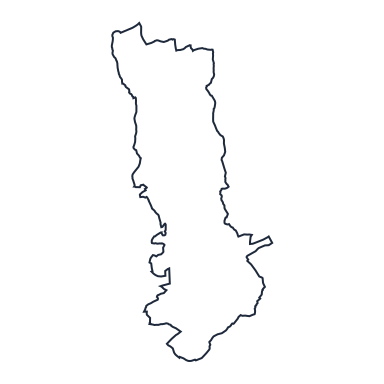 outline of Matei, Bistrita-Nasaud, Romania
{"feature_id": "2599482B73897291449250", "entity_name": "Matei", "entity_type": "district", "adm_level": 2, "iso_a3": "ROU", "parent_name": "Romania", "parent_adm1": "Bistrita-Nasaud", "projection": "albers", "projection_center": [24.25, 46.99], "detail": "fine", "context": "isolated", "style": "outline", "palette": "slate", "viewbox_px": 384, "rotation_deg": 0, "n_neighbors": 0, "source": "geoboundaries", "source_scale": "gbopen_adm2", "svg_char_len": 5991}
<svg xmlns="http://www.w3.org/2000/svg" viewBox="0 0 384 384"><path d="M249.4,316.2L252.9,314.7L254.6,314.2L255.0,312.7L255.1,311.0L255.0,309.9L254.7,308.7L255.3,307.7L255.4,307.1L255.2,306.6L255.2,306.2L256.3,305.3L256.3,304.6L257.6,303.1L257.2,301.2L260.2,298.6L259.3,297.6L261.7,294.6L262.0,291.5L262.3,290.7L262.8,290.0L262.5,289.7L263.2,288.6L264.9,286.9L263.4,283.8L263.0,282.5L262.6,278.1L261.7,277.4L260.4,277.0L259.2,276.4L255.5,270.4L251.1,264.4L247.3,260.9L247.5,260.4L248.2,259.6L246.6,257.3L246.7,256.6L247.4,255.8L255.6,251.2L257.8,248.8L258.8,248.0L264.9,245.4L268.7,245.2L272.2,242.9L268.7,236.5L267.9,237.1L263.3,239.6L258.8,241.4L252.9,243.7L250.0,244.0L250.0,241.9L250.6,236.8L251.8,234.9L249.3,234.5L247.6,234.6L244.1,234.4L238.4,236.6L237.9,235.5L237.3,233.4L235.8,230.5L234.1,229.5L232.7,227.5L231.6,227.2L231.0,226.7L230.5,226.3L229.0,224.1L228.0,224.4L227.2,224.4L225.3,223.8L224.7,223.3L224.5,222.5L224.5,220.8L225.4,218.0L225.7,217.5L226.6,217.4L227.9,213.9L224.8,208.9L224.5,208.0L224.4,205.4L223.2,203.9L223.0,202.8L222.6,201.8L222.2,201.1L221.6,200.5L221.2,198.6L221.8,196.7L221.6,195.4L220.2,194.2L220.4,191.9L220.2,191.4L220.9,190.6L221.7,189.3L221.7,188.8L222.7,188.6L224.7,188.7L225.6,188.5L227.4,187.7L228.6,186.7L227.5,184.6L226.8,184.2L225.4,182.1L225.3,181.7L225.4,180.5L225.3,179.5L225.5,178.5L225.4,177.5L224.9,176.5L225.8,172.7L224.7,169.5L222.2,161.2L221.6,160.0L221.6,159.6L221.9,157.7L224.0,155.3L225.2,151.8L224.8,148.1L223.9,143.4L224.0,139.9L223.5,138.1L222.8,136.5L220.4,135.1L218.8,133.1L218.0,131.7L217.2,131.0L216.0,128.2L215.0,125.5L213.4,122.1L213.2,121.6L213.1,119.1L213.2,114.1L213.1,113.5L213.7,110.7L213.7,108.9L214.2,108.5L214.7,106.9L215.2,103.6L215.2,102.3L214.7,100.6L211.8,95.7L210.8,95.5L209.9,94.5L209.2,93.0L207.7,90.7L206.4,89.2L206.1,87.8L206.3,87.1L206.9,86.4L207.0,86.2L206.8,85.8L208.9,84.8L209.8,83.6L210.9,82.8L211.8,79.1L212.8,78.1L213.7,76.6L214.1,74.8L214.1,74.0L213.8,73.1L213.6,72.0L213.7,70.6L213.6,68.2L213.8,65.8L213.6,64.0L213.9,63.3L212.8,59.4L213.1,55.4L212.9,53.6L213.2,52.4L212.6,49.7L211.9,49.6L210.4,49.8L207.3,49.5L205.5,48.8L203.8,48.7L202.4,48.1L198.4,48.7L194.0,50.1L192.9,50.9L192.4,49.5L191.0,48.1L190.5,46.1L190.6,45.5L190.1,45.5L189.8,45.2L185.9,47.0L184.6,48.3L183.2,49.2L180.2,50.0L177.7,50.1L176.3,50.6L175.8,48.5L175.2,44.7L174.8,39.6L173.7,39.2L173.0,39.2L172.6,39.6L171.5,39.1L169.3,39.6L168.8,39.8L168.3,40.3L167.4,40.8L163.8,42.0L160.8,41.4L158.0,40.4L156.8,40.3L154.7,41.0L154.5,41.4L151.4,42.9L146.4,44.4L143.1,39.2L141.5,35.7L141.3,34.8L141.1,32.8L141.2,26.9L141.0,26.3L139.2,23.0L137.8,24.4L135.7,25.9L132.5,27.8L120.6,32.8L120.1,32.0L119.3,31.5L118.0,31.1L115.6,31.3L113.3,32.7L112.3,35.0L112.4,36.3L112.9,37.5L112.9,39.0L112.7,41.1L111.8,45.7L111.9,47.5L112.3,48.1L112.3,49.2L112.9,50.7L112.5,52.7L112.5,53.6L112.7,54.4L114.2,57.1L115.2,57.9L115.7,58.7L116.5,60.9L116.9,61.3L117.4,63.7L117.4,64.9L117.7,68.3L118.0,69.5L118.2,71.0L118.8,72.9L118.8,73.8L119.4,74.9L120.0,76.9L121.3,78.5L122.0,79.8L122.0,81.6L122.3,83.6L122.9,83.5L124.9,85.0L125.4,85.5L125.4,86.2L125.9,87.0L129.0,89.3L129.4,91.4L129.4,91.7L129.1,92.0L129.1,92.5L130.1,93.7L131.2,94.1L131.7,94.7L132.4,96.4L133.2,96.8L133.4,98.2L135.3,97.4L135.8,98.0L136.0,100.6L135.9,103.6L136.4,105.7L136.4,111.6L136.3,112.3L135.4,114.6L134.6,117.2L134.4,118.6L135.0,121.9L136.2,125.6L136.3,127.5L136.2,129.3L136.4,131.8L136.0,133.7L135.1,136.3L135.3,138.4L135.1,142.0L134.3,144.7L133.4,147.1L133.7,148.3L134.3,148.9L134.9,149.6L136.2,150.2L137.0,153.5L139.0,155.7L140.1,157.8L140.8,158.2L140.4,159.7L139.8,163.5L138.5,166.8L134.3,172.0L132.7,174.3L132.5,174.9L132.3,176.3L132.5,177.3L132.5,178.7L133.1,180.1L134.6,184.9L134.6,185.9L134.2,186.5L134.7,186.5L135.6,187.1L139.9,187.2L140.7,185.3L143.3,184.7L143.9,185.3L146.7,187.4L146.8,187.6L146.6,187.8L144.9,189.0L145.7,190.3L142.5,192.1L139.9,194.5L139.9,195.1L140.3,197.1L143.2,196.8L145.3,197.6L146.6,196.9L147.2,197.5L148.8,200.4L148.7,200.7L150.6,204.7L151.8,207.6L152.0,208.5L154.6,210.8L155.1,211.8L156.6,213.5L158.2,214.7L158.7,215.7L159.3,218.2L160.6,222.7L160.5,224.0L161.3,227.2L162.4,226.9L164.2,224.4L164.9,223.7L165.2,223.7L165.7,224.6L165.7,229.3L165.5,230.5L164.8,231.3L165.7,233.0L165.3,234.8L164.5,235.3L163.0,235.4L162.5,234.9L161.5,233.0L161.6,232.4L160.7,232.5L156.8,234.9L155.0,236.4L154.2,236.4L152.6,238.7L151.8,240.3L151.7,242.3L152.0,243.1L154.2,243.5L155.4,243.2L157.3,243.7L160.1,243.4L161.2,243.6L161.9,243.3L163.6,244.0L164.5,245.0L163.1,247.7L163.4,251.8L162.6,252.9L161.1,254.3L158.2,254.9L156.3,256.4L154.7,255.5L152.9,255.1L150.9,257.7L150.3,258.9L149.5,262.5L151.2,263.4L151.8,268.2L152.5,271.2L151.5,271.6L153.6,273.7L155.4,275.0L157.9,276.2L161.1,276.5L165.4,275.8L165.2,271.0L167.8,269.0L169.2,268.4L169.8,283.6L162.6,285.5L160.6,286.2L161.5,286.6L164.0,289.0L166.4,290.2L163.8,293.1L160.7,293.8L159.6,294.5L157.6,295.3L157.1,296.1L156.9,296.9L157.4,297.2L158.0,298.7L157.7,299.7L153.3,301.7L150.9,303.2L148.3,304.3L146.5,305.7L146.2,306.0L146.1,307.1L145.4,308.2L145.3,309.2L144.0,311.7L146.8,311.6L146.7,313.9L146.9,314.8L150.1,317.9L150.0,322.4L149.6,323.0L150.6,323.7L150.1,324.1L153.1,324.6L154.4,325.0L156.8,324.8L158.3,324.9L161.0,324.1L162.0,324.2L164.5,323.8L166.2,323.3L167.9,323.6L169.0,324.4L170.6,324.8L171.3,325.9L172.1,326.3L172.4,326.7L176.0,328.3L180.7,331.6L177.9,333.9L176.0,335.0L171.8,338.7L166.9,343.8L168.2,345.3L170.5,346.5L172.8,348.4L174.1,352.6L175.3,354.4L176.6,355.6L179.4,357.8L179.8,356.9L183.6,358.4L186.2,360.1L188.2,360.9L190.0,361.0L191.6,360.8L194.8,359.7L195.1,359.7L195.4,360.2L195.8,360.4L201.4,358.2L202.0,357.8L206.2,353.3L209.4,349.4L209.7,348.2L209.5,346.3L210.3,344.8L209.4,342.4L209.4,341.8L210.9,340.4L212.2,338.2L213.6,336.4L217.6,334.3L221.9,333.2L226.0,330.4L227.6,328.3L227.8,327.5L229.9,326.5L231.0,325.3L231.3,324.6L232.3,323.5L233.5,323.8L233.9,323.5L237.7,318.7L238.7,316.7L239.4,316.3L240.6,315.1L242.4,315.8L245.1,315.6L249.4,316.2Z" fill="none" stroke="#1e293b" stroke-width="2"/></svg>